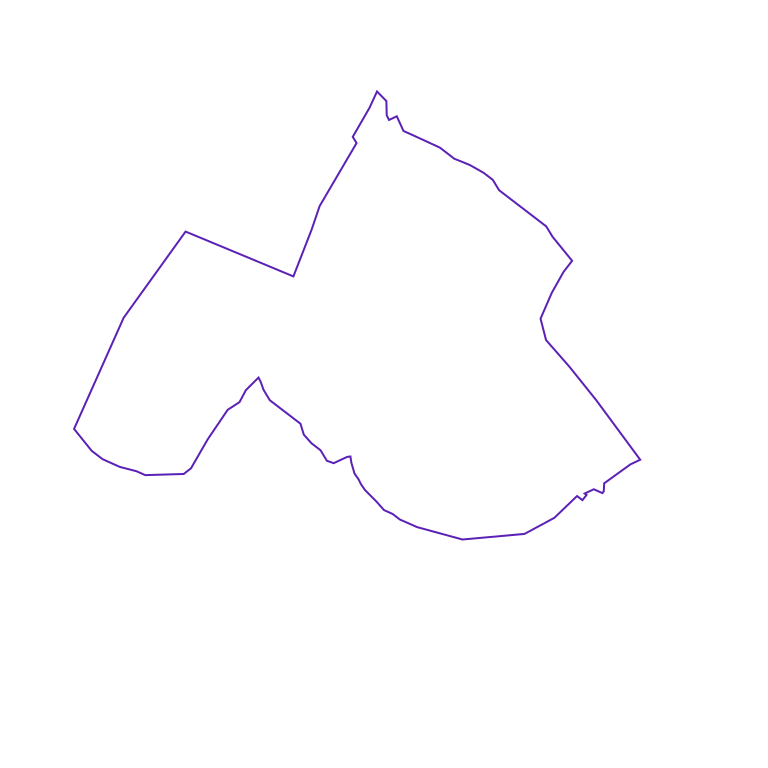 Matariyya, Ad Daqahliyah, Egypt (Robinson projection), rotated 127°
{"feature_id": "37247803B28167369066586", "entity_name": "Matariyya", "entity_type": "district", "adm_level": 2, "iso_a3": "EGY", "parent_name": "Egypt", "parent_adm1": "Ad Daqahliyah", "projection": "robinson", "projection_center": [32.012, 31.191], "detail": "fine", "context": "isolated", "style": "outline", "palette": "violet", "viewbox_px": 768, "rotation_deg": 127, "n_neighbors": 0, "source": "geoboundaries", "source_scale": "gbopen_adm2", "svg_char_len": 1150}
<svg xmlns="http://www.w3.org/2000/svg" viewBox="0 0 768 768"><g transform="rotate(127 384 384)"><path d="M606.4,604.5L613.3,577.2L613.4,563.5L609.2,545.1L602.6,529.1L600.5,519.9L576.4,489.8L567.5,487.4L534.2,491.5L498.7,493.3L485.4,488.5L472.1,490.6L454.4,488.1L456.6,483.6L461.1,476.8L465.7,465.4L466.0,426.8L472.7,417.6L475.0,406.2L475.1,394.8L479.7,383.4L477.5,376.5L473.1,374.2L464.3,369.5L462.1,367.2L466.5,362.7L473.3,353.6L475.5,346.8L477.8,342.3L480.1,335.5L482.4,319.5L484.7,308.1L482.6,298.9L482.7,289.8L478.4,271.5L461.0,227.8L419.2,181.6L400.1,172.8L388.3,167.4L357.3,162.4L357.3,155.6L350.7,155.5L350.7,157.8L341.8,153.1L339.7,143.9L337.5,143.9L330.8,148.4L299.8,138.8L290.3,133.8L269.2,204.8L258.6,246.4L251.4,281.0L237.6,298.3L210.1,304.9L186.2,308.1L172.4,307.9L165.0,337.9L160.5,349.2L160.1,394.9L160.0,408.6L155.5,420.0L155.4,431.4L156.3,438.6L157.5,447.4L161.8,463.5L161.6,481.7L168.1,511.5L170.2,520.7L162.5,534.9L170.1,538.9L167.8,543.5L156.6,552.4L154.6,565.6L172.1,561.8L205.4,557.7L208.1,550.9L280.6,542.5L304.3,534.7L352.6,521.1L381.7,634.2L487.7,631.8L606.4,604.5Z" fill="none" stroke="#5b21b6" stroke-width="2"/></g></svg>